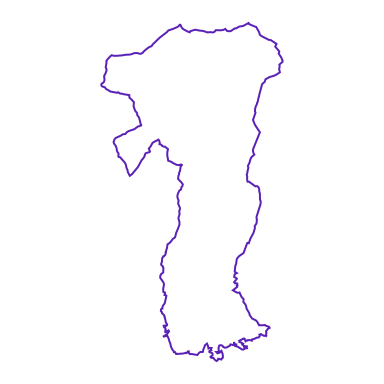 the district of Maieru, Bistrita-Nasaud, Romania
{"feature_id": "2599482B60553702262624", "entity_name": "Maieru", "entity_type": "district", "adm_level": 2, "iso_a3": "ROU", "parent_name": "Romania", "parent_adm1": "Bistrita-Nasaud", "projection": "albers", "projection_center": [24.741, 47.474], "detail": "fine", "context": "isolated", "style": "outline", "palette": "violet", "viewbox_px": 384, "rotation_deg": 0, "n_neighbors": 0, "source": "geoboundaries", "source_scale": "gbopen_adm2", "svg_char_len": 6019}
<svg xmlns="http://www.w3.org/2000/svg" viewBox="0 0 384 384"><path d="M221.4,359.5L221.8,358.6L222.9,357.6L222.7,354.1L221.4,350.8L220.6,351.4L220.0,352.4L218.7,353.0L217.4,353.3L216.3,352.0L217.3,352.0L218.8,351.4L218.5,347.9L219.1,346.4L219.2,345.6L220.4,345.2L221.7,345.3L223.4,346.7L223.4,347.1L225.0,347.7L226.2,347.6L229.9,345.7L230.4,344.4L233.5,345.1L233.9,344.8L234.0,342.8L234.3,342.8L235.0,344.3L236.2,344.5L235.4,346.1L237.6,346.6L242.0,349.5L243.5,349.5L245.2,348.4L247.0,348.2L246.7,347.3L246.9,346.4L244.9,346.1L244.0,346.8L243.4,345.3L242.3,344.6L242.1,344.2L243.0,343.7L241.3,342.5L239.5,342.1L239.6,341.4L239.2,340.8L243.9,338.4L244.2,338.6L243.9,338.8L245.1,340.0L245.6,341.3L247.1,340.3L247.5,340.5L248.0,340.1L250.6,340.1L251.8,340.7L252.1,339.4L254.0,339.0L256.9,337.6L258.9,337.4L259.8,336.0L259.4,334.6L261.1,334.1L261.5,334.6L264.2,335.9L265.1,335.5L266.0,336.1L266.3,335.7L266.0,335.1L266.4,333.0L266.0,331.9L266.3,330.7L267.2,330.0L267.6,329.0L269.6,327.9L269.1,326.9L265.1,325.4L264.9,325.0L262.5,325.3L259.4,325.2L259.5,324.9L258.6,324.4L257.2,321.7L255.9,320.4L252.1,318.5L249.6,315.0L249.3,313.2L246.5,308.5L246.1,306.0L245.1,304.0L243.4,302.1L243.6,299.2L241.5,296.9L239.5,292.5L238.4,292.8L236.9,292.6L232.9,290.3L237.1,287.0L236.8,285.8L237.4,285.5L237.2,285.2L237.4,283.8L237.1,283.4L235.2,283.4L234.1,282.2L236.8,278.9L236.8,278.5L234.1,276.8L234.4,276.3L234.4,275.1L235.1,273.9L236.8,273.1L234.7,271.7L235.3,266.0L236.2,263.7L236.6,260.0L237.0,258.6L239.1,256.1L243.5,253.1L247.2,243.1L247.7,242.8L248.8,243.2L250.5,238.4L253.4,233.1L254.9,228.2L254.7,226.2L256.5,223.4L256.9,219.4L256.5,218.2L256.6,216.6L260.6,203.9L260.7,201.5L260.0,199.5L259.9,193.3L259.5,192.6L259.2,190.6L259.2,189.0L258.4,187.1L257.3,186.2L255.3,186.3L249.0,181.7L247.8,181.8L247.4,181.3L247.1,178.7L247.2,176.4L246.7,174.6L247.4,172.8L247.4,171.8L248.4,167.7L247.9,166.3L248.1,165.4L249.2,163.5L250.8,158.2L252.2,156.4L254.3,154.7L253.4,152.8L252.9,150.1L253.2,148.9L259.9,132.3L255.0,124.9L253.0,120.0L255.5,112.6L255.0,111.5L255.1,108.8L255.8,106.3L256.7,104.6L257.2,102.6L257.6,102.2L258.6,97.3L259.0,96.5L259.3,94.6L262.1,84.2L264.7,81.8L265.5,79.3L269.6,77.0L273.7,75.9L276.4,74.6L279.9,72.3L279.1,69.1L279.7,66.3L279.3,65.0L279.8,64.2L282.5,61.9L282.6,60.5L282.0,59.7L281.6,58.1L278.7,53.5L279.3,51.4L275.2,46.6L276.5,43.9L270.6,40.0L268.9,39.9L261.9,36.3L259.9,34.9L259.1,32.1L256.1,26.9L254.4,26.4L249.1,24.1L248.6,23.0L243.1,26.0L239.1,26.6L236.0,28.4L234.8,28.4L230.5,31.2L227.3,31.1L225.2,28.9L223.6,29.8L220.9,30.3L215.8,30.2L214.4,31.9L212.8,32.5L210.8,32.1L207.5,32.4L203.0,30.9L199.7,30.6L195.1,29.7L190.3,31.2L189.8,32.3L187.8,31.6L183.3,29.2L181.7,27.6L180.4,24.8L179.6,24.8L178.9,25.9L177.4,27.0L172.8,29.0L168.4,30.4L166.9,32.1L159.9,37.5L152.9,44.2L151.5,46.2L149.1,47.1L145.8,49.6L143.4,51.8L143.0,52.5L141.6,53.4L140.3,53.9L136.9,53.0L134.3,53.1L131.2,54.3L129.3,54.6L125.1,54.8L122.8,55.3L116.7,55.8L113.8,55.8L111.7,55.2L110.1,56.5L107.3,59.6L106.4,60.9L106.5,62.9L105.7,67.3L106.6,69.5L106.3,71.3L105.1,74.3L104.6,74.9L104.1,76.3L104.5,79.6L104.4,80.5L104.0,81.8L103.1,82.8L101.8,83.5L101.4,84.1L101.4,85.5L102.3,86.5L104.9,87.3L105.9,88.8L110.4,91.5L117.0,92.8L117.4,92.4L118.2,92.3L120.1,93.6L121.6,93.6L123.6,94.2L129.3,95.1L129.4,97.6L131.5,99.5L133.9,102.2L133.6,106.1L134.4,108.8L135.6,111.4L136.7,112.5L137.1,113.4L137.3,115.2L138.7,117.0L139.3,118.4L140.9,124.8L141.2,125.0L141.2,125.3L140.5,125.3L139.7,126.1L137.9,126.5L134.5,129.1L128.6,131.1L126.5,132.5L125.4,134.0L122.8,134.3L120.7,135.7L115.6,138.0L114.4,139.6L113.6,142.0L113.9,143.3L115.9,146.2L116.7,148.8L116.8,150.2L117.4,152.0L118.4,153.2L118.6,154.2L118.3,155.8L118.6,156.9L120.1,157.2L124.7,162.5L125.8,164.5L126.6,168.1L127.6,170.3L127.8,172.0L129.8,175.8L132.0,174.2L138.0,166.9L141.6,160.2L143.2,158.4L144.6,156.2L144.9,154.6L145.6,153.3L149.7,152.0L150.0,151.4L148.8,148.7L150.4,146.7L152.6,142.8L155.4,141.1L157.4,140.3L158.0,139.7L158.4,139.6L158.9,140.1L159.5,141.6L159.7,142.6L159.5,144.2L161.2,144.6L162.3,146.0L164.0,146.7L165.0,146.7L168.0,149.1L167.4,151.6L167.2,154.9L168.2,160.7L171.8,162.0L172.3,162.6L174.1,163.6L176.7,164.8L178.6,165.1L181.3,164.5L181.9,165.0L180.6,166.7L180.0,171.0L179.0,173.1L179.1,174.1L178.5,175.6L178.1,178.4L178.2,179.1L181.2,182.2L182.8,184.3L182.4,186.1L181.4,187.3L181.0,189.5L179.4,190.5L178.1,193.2L177.4,195.5L177.5,197.8L178.6,200.6L178.1,203.1L178.5,204.6L179.8,207.5L180.0,209.0L179.2,211.1L179.6,214.1L178.5,217.7L178.6,219.4L179.4,221.6L179.5,224.4L178.3,227.9L176.2,232.8L175.1,237.3L172.6,239.1L171.8,240.4L169.8,242.8L167.5,244.4L167.0,247.9L165.7,252.1L166.0,252.2L165.2,255.0L163.9,256.3L163.4,256.2L162.2,258.1L161.9,261.8L161.1,264.2L161.3,265.0L162.9,266.4L162.9,267.2L163.4,267.8L163.2,272.5L161.0,274.2L160.3,275.8L160.2,277.8L163.5,282.5L164.0,284.6L163.2,288.7L163.2,290.4L163.5,292.2L164.9,292.5L165.0,293.6L164.6,295.1L165.9,295.3L166.4,295.8L164.7,303.4L163.0,305.6L162.4,307.2L162.4,308.5L161.9,308.5L161.0,309.4L160.9,311.2L162.0,312.3L162.0,313.2L164.1,315.1L164.4,316.0L164.3,316.7L164.7,317.0L165.5,320.2L165.6,321.7L167.1,324.5L167.1,325.1L166.4,325.8L165.4,325.5L163.7,325.7L164.1,327.2L165.0,327.1L165.5,328.9L165.4,329.1L165.7,329.3L165.3,330.9L165.6,331.3L165.2,331.9L165.6,332.2L168.5,330.4L169.0,331.4L167.0,334.2L163.0,336.7L167.3,335.8L168.6,338.5L169.2,340.7L170.4,343.9L170.9,346.4L172.3,349.6L173.6,351.0L173.9,352.2L175.2,352.2L176.1,354.0L183.4,353.5L185.8,352.8L186.3,353.1L187.4,352.4L187.7,351.5L188.2,351.3L188.6,351.4L188.2,351.9L188.4,352.8L189.3,353.1L189.5,353.8L189.9,354.1L191.7,354.0L197.3,355.0L199.1,352.8L199.7,352.4L200.6,351.9L202.7,352.0L203.0,351.6L203.3,349.6L204.6,346.6L204.9,345.3L207.0,343.6L207.9,345.7L208.5,348.5L209.9,347.9L211.5,348.0L211.1,349.2L211.3,350.2L209.8,350.7L209.3,351.3L209.5,352.2L211.9,352.9L212.6,353.9L212.5,355.4L210.5,356.8L210.8,357.5L211.7,357.9L213.4,357.9L214.6,359.6L216.5,361.0L217.8,360.1L218.3,358.7L221.4,359.5Z" fill="none" stroke="#5b21b6" stroke-width="2"/></svg>